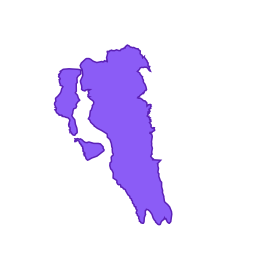 outline of Malorua, Shefa, Vanuatu, rotated 304°
{"feature_id": "77236927B16755152791685", "entity_name": "Malorua", "entity_type": "district", "adm_level": 2, "iso_a3": "VUT", "parent_name": "Vanuatu", "parent_adm1": "Shefa", "projection": "natural_earth1", "projection_center": [168.26, -17.624], "detail": "fine", "context": "isolated", "style": "filled", "palette": "violet", "viewbox_px": 256, "rotation_deg": 304, "n_neighbors": 0, "source": "geoboundaries", "source_scale": "gbopen_adm2", "svg_char_len": 5760}
<svg xmlns="http://www.w3.org/2000/svg" viewBox="0 0 256 256"><g transform="rotate(304 128 128)"><path d="M191.1,111.6L190.7,110.4L190.7,109.9L193.2,108.3L193.4,107.2L194.3,106.2L195.8,101.8L196.4,101.5L194.4,100.9L196.1,99.0L196.0,97.5L196.4,96.5L198.7,95.1L198.9,92.5L199.3,92.2L198.3,90.2L198.0,87.7L197.1,86.8L197.0,85.9L196.4,84.8L196.7,83.0L196.4,81.1L195.7,80.8L195.3,80.9L194.2,80.3L193.0,80.7L193.0,80.4L191.4,80.0L191.4,79.6L190.6,79.3L189.6,78.3L187.9,78.3L187.0,77.0L186.4,74.8L184.5,73.5L183.5,71.9L183.4,70.9L182.9,70.8L182.2,69.8L180.8,69.7L180.7,69.0L180.3,68.9L180.0,68.0L179.5,68.1L178.6,69.4L174.1,71.0L173.2,72.3L172.5,72.3L172.0,73.4L171.4,73.7L170.6,70.8L169.4,70.9L168.5,69.8L168.5,69.1L164.8,65.5L164.0,62.3L163.9,60.8L164.1,58.7L163.8,56.9L162.5,54.9L161.5,54.3L155.8,53.0L153.1,53.4L151.7,55.0L151.0,57.0L150.3,57.8L146.6,60.9L145.6,61.3L140.4,62.2L139.1,63.4L137.2,65.8L135.5,67.2L134.2,67.8L133.9,69.3L134.3,70.6L134.7,71.0L134.6,71.6L136.2,71.9L136.5,72.5L137.3,73.0L138.6,75.1L137.6,74.7L137.5,73.7L137.3,73.7L135.9,74.8L135.0,76.2L133.2,76.2L132.5,76.9L131.9,77.1L131.9,77.6L132.2,78.2L131.6,77.8L131.0,80.7L131.0,83.6L130.3,85.2L128.5,86.1L126.7,85.8L125.7,86.6L122.3,87.5L121.1,87.2L116.3,89.7L113.4,90.0L113.3,91.7L111.9,93.9L111.1,98.7L110.6,99.1L110.8,99.6L110.6,102.7L111.2,107.7L111.4,113.9L110.4,115.0L108.9,115.9L108.3,119.5L105.8,122.9L103.3,125.1L102.6,126.3L101.4,126.9L98.9,128.9L98.2,130.4L97.0,130.8L95.4,130.3L94.2,130.5L91.3,132.8L90.2,133.0L89.1,132.6L86.6,134.0L84.4,136.5L84.1,138.2L82.5,140.9L78.2,143.6L78.2,147.9L77.9,148.4L76.5,149.3L75.7,150.9L75.7,151.9L76.7,153.1L76.4,154.0L75.1,155.0L75.7,156.7L75.0,158.4L75.4,159.2L75.4,160.3L74.7,161.1L72.6,165.3L72.4,167.5L71.0,169.0L71.1,170.5L70.2,171.2L70.0,172.4L68.4,173.7L67.9,175.8L66.9,176.5L66.6,177.6L67.0,178.4L66.9,178.8L66.2,178.9L65.1,180.5L65.2,181.0L64.6,181.6L62.8,181.9L61.9,182.6L62.0,183.6L60.9,184.5L60.5,186.6L59.1,187.3L58.2,188.9L57.1,189.6L57.3,190.6L56.7,191.7L57.1,193.2L57.7,194.0L59.1,193.8L62.9,191.6L66.4,190.8L66.7,190.2L69.3,188.6L70.4,189.0L70.9,188.8L71.4,190.4L71.2,192.6L69.8,196.2L67.5,199.1L66.4,201.4L66.2,202.8L65.5,203.4L64.9,206.6L65.1,207.6L65.7,208.4L66.3,208.6L68.8,208.0L70.6,208.2L71.8,208.8L73.5,208.6L72.9,209.1L74.0,209.8L73.4,210.6L73.7,210.9L72.5,212.4L72.0,213.5L71.9,215.0L72.2,215.6L74.3,215.8L81.0,212.5L83.0,210.8L85.8,206.7L86.7,203.7L87.1,200.3L87.5,199.3L90.8,196.2L91.3,196.0L93.7,192.7L95.6,191.6L98.0,188.8L101.8,186.2L102.3,184.4L105.2,180.5L107.4,179.2L107.5,178.4L108.2,177.4L111.7,175.8L113.3,173.8L114.3,173.4L114.8,172.4L119.5,173.1L115.6,166.4L116.5,166.2L116.2,165.3L116.7,164.6L117.1,162.8L119.6,162.1L119.9,162.5L121.1,161.2L124.9,159.5L126.7,157.3L128.3,156.4L129.8,155.1L134.3,153.0L135.6,151.8L136.0,150.5L135.9,149.0L136.8,148.8L137.6,150.4L138.6,150.2L140.3,151.2L141.2,151.3L141.5,150.5L142.0,150.3L142.4,149.7L142.9,149.6L142.4,148.8L142.0,148.9L141.4,148.3L141.9,146.3L143.4,145.6L144.6,142.7L146.2,143.4L146.8,142.9L146.5,142.3L146.8,141.9L147.6,141.9L147.2,141.1L147.9,140.5L148.8,140.6L148.4,139.3L149.2,138.9L148.7,138.5L148.7,137.2L150.3,137.2L150.7,136.5L151.5,136.4L151.8,136.5L151.9,137.2L152.4,137.3L152.6,136.6L152.4,135.7L152.7,135.6L153.2,136.7L154.1,136.9L154.7,135.3L155.2,135.7L155.8,135.0L157.2,135.8L157.6,135.1L158.7,134.8L159.1,135.0L159.4,134.2L160.1,134.0L160.0,133.3L158.7,131.9L156.8,131.5L159.4,129.5L160.0,127.1L159.3,125.4L159.7,123.8L159.5,123.1L159.7,121.8L158.6,120.1L158.4,119.1L159.7,119.1L160.5,119.9L161.3,119.7L162.4,119.9L163.2,120.4L164.6,120.7L165.1,121.4L165.7,120.9L166.3,121.6L167.4,121.1L169.0,121.4L169.2,121.9L170.2,121.9L172.2,119.8L173.8,117.5L174.4,115.7L175.1,114.7L176.3,114.0L176.9,112.7L177.8,111.6L178.6,111.4L178.5,110.8L179.4,107.8L180.1,107.2L180.2,104.1L182.7,104.7L184.6,104.5L185.8,105.3L186.8,107.0L187.6,107.5L188.7,109.4L188.6,111.1L187.9,112.4L187.5,114.0L187.7,114.8L188.9,112.9L188.9,112.1L191.1,111.6ZM140.3,41.4L137.2,40.2L137.3,40.8L136.3,41.1L134.3,40.8L134.2,41.1L133.5,40.8L133.2,41.5L132.0,41.6L131.5,42.4L131.3,43.6L130.9,44.3L130.3,44.4L129.8,44.0L129.7,44.4L128.8,44.6L127.3,46.0L126.5,47.4L125.5,47.9L126.0,49.8L125.8,51.0L123.4,51.1L120.8,52.1L118.5,52.4L114.8,52.0L112.8,51.4L111.8,51.5L109.8,53.2L108.1,53.1L106.7,53.7L105.0,56.2L104.4,56.1L104.5,57.5L103.1,58.2L102.0,58.4L100.8,60.2L100.6,63.2L100.2,63.4L100.3,64.0L101.6,65.9L101.5,66.5L100.8,66.9L102.0,69.3L102.2,70.8L102.8,72.0L102.9,73.1L102.6,73.7L102.6,74.8L101.8,75.5L98.1,76.7L98.3,77.1L97.0,77.4L96.3,78.1L96.0,78.8L96.1,79.4L95.7,79.8L94.4,80.8L93.7,80.5L93.6,81.2L92.7,81.8L93.1,81.8L92.8,82.8L91.9,83.8L92.1,84.4L91.8,84.7L91.5,86.3L91.9,87.5L92.5,88.0L93.8,87.8L94.9,88.4L96.0,88.3L98.0,86.8L99.4,85.5L101.7,82.3L105.0,79.3L106.2,75.6L106.9,74.5L109.4,73.9L111.2,72.9L113.5,72.2L115.5,73.6L117.4,73.2L118.2,72.0L118.8,71.8L122.2,71.8L123.8,72.5L124.4,71.9L124.5,71.0L125.0,70.1L127.0,67.6L127.5,65.0L127.8,64.6L129.6,64.6L135.8,60.3L137.2,60.5L140.9,57.7L143.1,57.6L146.5,58.6L148.2,57.2L149.6,56.6L149.4,55.4L148.7,53.8L144.1,46.0L140.9,42.0L140.3,41.4ZM87.3,118.0L95.6,120.7L96.5,120.4L97.2,118.8L98.5,117.9L99.4,114.0L98.6,112.0L96.1,108.2L94.7,103.8L94.1,102.9L93.0,102.3L92.1,100.5L92.1,98.5L92.5,96.7L92.4,94.7L91.6,94.1L91.0,92.1L89.9,91.2L89.4,90.2L89.0,90.9L87.5,91.1L87.0,91.5L87.6,92.3L89.2,92.6L89.7,94.2L89.5,95.1L88.5,96.2L88.6,96.6L88.3,96.9L88.2,98.1L87.8,98.2L87.7,98.9L87.1,99.6L87.3,100.6L86.3,101.4L86.0,102.0L85.5,102.0L85.1,102.8L83.7,103.5L83.8,104.0L83.4,104.3L83.2,105.9L82.0,105.8L82.3,106.8L81.7,106.9L81.3,106.5L80.6,107.3L80.8,107.9L80.5,108.8L79.1,110.4L78.7,112.4L79.7,113.2L82.8,114.7L87.3,118.0ZM102.9,57.6L102.3,57.2L102.2,57.5L102.9,57.6Z" fill="#8b5cf6" stroke="#5b21b6" stroke-width="1.5"/></g></svg>